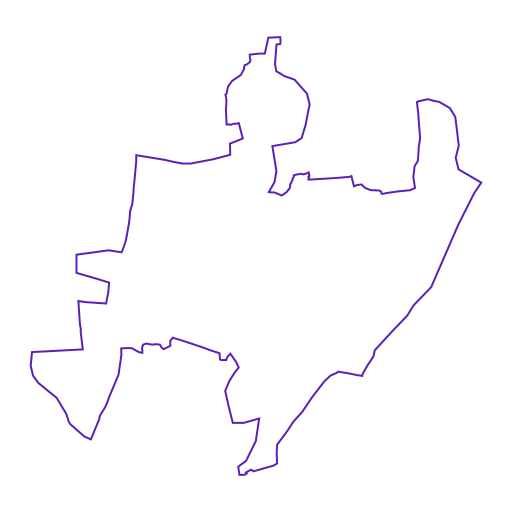 the district of Gwadabawa, Sokoto, Nigeria
{"feature_id": "59680162B7305913438202", "entity_name": "Gwadabawa", "entity_type": "district", "adm_level": 2, "iso_a3": "NGA", "parent_name": "Nigeria", "parent_adm1": "Sokoto", "projection": "robinson", "projection_center": [5.311, 13.424], "detail": "fine", "context": "isolated", "style": "outline", "palette": "violet", "viewbox_px": 512, "rotation_deg": 0, "n_neighbors": 0, "source": "geoboundaries", "source_scale": "gbopen_adm2", "svg_char_len": 3253}
<svg xmlns="http://www.w3.org/2000/svg" viewBox="0 0 512 512"><path d="M277.1,463.5L276.7,453.4L277.1,444.7L286.9,431.6L293.3,421.8L302.3,411.8L311.7,397.8L315.6,392.7L324.7,380.9L328.3,377.7L329.9,376.1L330.9,375.4L336.7,372.9L338.2,371.7L350.5,373.7L355.4,374.8L362.3,375.9L362.6,373.9L367.8,364.9L369.4,362.7L373.5,356.2L374.8,350.2L393.9,329.5L407.2,315.7L413.7,305.2L431.0,287.3L431.2,287.1L458.2,224.9L474.2,193.1L481.3,182.6L458.6,169.4L455.7,157.8L458.8,145.6L455.3,117.0L449.9,108.1L439.2,101.9L433.5,100.8L428.1,99.2L419.1,101.1L416.9,102.0L418.2,113.1L420.1,138.5L418.8,146.7L418.5,152.3L417.8,161.0L414.6,166.2L413.3,176.8L415.0,188.0L410.1,190.2L398.9,191.3L388.3,192.8L382.0,193.9L381.5,193.6L381.3,192.5L380.9,191.3L379.1,190.5L370.5,190.1L364.9,187.8L361.5,184.5L357.5,184.9L354.0,186.3L351.4,176.1L349.6,176.8L346.9,177.1L344.2,177.3L340.1,177.7L323.1,178.8L308.5,179.6L308.5,178.2L308.6,177.3L309.1,177.1L309.0,176.8L309.0,176.3L308.7,176.2L309.0,175.8L309.3,175.8L309.3,175.7L309.4,175.3L308.7,172.4L308.1,172.6L307.4,173.1L307.1,173.3L306.1,173.6L305.4,173.7L303.7,174.3L302.9,174.3L301.5,173.9L300.8,173.8L299.3,174.1L296.1,174.6L293.9,175.4L294.1,175.7L293.8,175.9L293.6,177.3L292.6,178.8L292.3,180.5L291.5,181.8L291.4,182.5L290.9,183.5L290.2,184.2L290.1,184.5L290.1,186.6L289.7,188.1L289.2,189.0L287.7,190.6L286.9,191.9L281.8,195.5L274.6,192.5L271.1,192.4L268.9,192.0L274.6,181.9L276.4,171.1L272.4,146.1L295.3,142.2L301.6,138.1L305.6,125.0L308.2,111.1L309.7,104.7L307.0,93.7L294.5,79.6L284.6,76.2L276.3,71.2L275.0,64.1L276.5,44.5L280.3,44.0L280.5,42.4L280.5,40.0L280.2,37.1L268.3,37.7L267.5,41.6L264.8,53.6L259.5,53.6L249.8,54.6L249.8,57.2L250.5,60.4L249.7,62.2L246.7,64.5L244.6,65.2L244.0,67.9L244.1,68.8L240.9,74.9L232.0,81.0L228.0,86.6L226.6,93.5L225.4,94.8L226.0,96.9L226.4,100.1L226.3,105.6L225.9,109.3L226.6,124.5L228.0,124.3L231.0,124.8L232.8,124.0L234.8,123.6L236.3,123.8L238.8,123.1L242.8,138.5L230.0,143.6L230.2,154.8L213.5,159.2L191.0,163.5L182.3,163.5L172.1,161.6L164.5,159.8L136.3,155.2L136.2,161.5L134.3,182.2L133.7,187.2L133.5,192.2L132.3,204.0L130.2,211.0L129.5,219.2L129.3,221.0L128.7,224.9L125.9,240.4L123.7,247.1L121.6,252.3L108.6,250.3L76.5,254.7L76.5,272.9L98.5,279.3L102.0,280.4L109.1,282.6L108.3,292.3L106.1,303.5L86.5,302.2L78.4,301.1L79.5,318.3L80.0,324.7L80.8,329.1L80.7,332.0L82.8,349.4L32.0,352.1L30.7,365.9L33.0,375.6L38.3,382.9L56.7,397.9L65.5,412.6L66.3,413.9L68.6,421.2L70.2,424.1L84.3,436.5L90.9,439.4L94.5,430.5L96.6,425.5L99.1,419.5L99.9,415.8L105.0,407.4L105.5,406.4L105.8,405.8L106.6,404.1L107.3,402.3L109.1,397.2L118.5,374.7L121.4,354.9L121.2,348.4L128.9,348.0L132.3,348.4L138.8,352.1L142.3,352.8L142.4,350.6L142.0,348.1L143.1,344.7L146.1,343.6L152.0,344.6L156.7,344.2L160.0,344.7L161.7,347.7L163.7,349.2L170.3,345.8L170.2,341.0L172.8,337.7L175.6,338.6L180.1,339.9L201.3,346.9L211.6,350.7L219.5,353.2L220.0,359.5L221.6,360.1L226.2,360.0L227.2,357.2L230.3,353.7L236.1,361.9L238.7,367.6L234.6,372.7L229.4,380.9L225.2,390.9L228.6,406.1L232.8,422.9L243.7,422.9L259.2,418.5L255.8,441.1L246.0,461.0L240.4,465.0L238.2,466.9L239.5,474.9L244.6,474.8L245.8,474.2L246.7,473.5L245.9,472.5L251.1,469.7L253.5,471.3L270.4,466.5L273.3,465.7L277.1,463.5Z" fill="none" stroke="#5b21b6" stroke-width="2"/></svg>